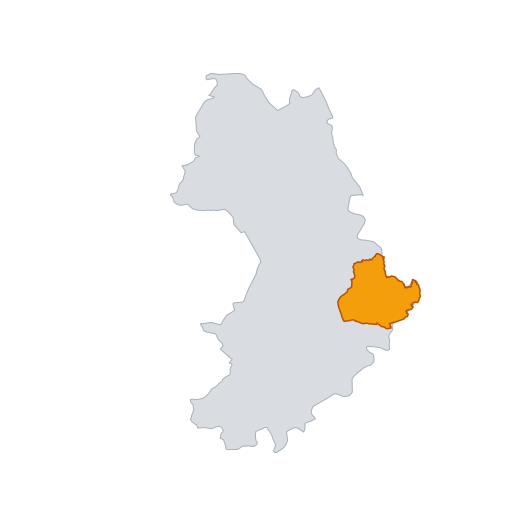 Siguiri, Siguiri, Guinea (highlighted), rotated 61°
{"feature_id": "49546643B83328532988272", "entity_name": "Siguiri", "entity_type": "district", "adm_level": 2, "iso_a3": "GIN", "parent_name": "Guinea", "parent_adm1": "Siguiri", "projection": "mercator", "projection_center": [-9.454, 11.68], "detail": "fine", "context": "in_parent", "style": "filled", "palette": "amber", "viewbox_px": 512, "rotation_deg": 61, "n_neighbors": 0, "source": "geoboundaries", "source_scale": "gbopen_adm2", "svg_char_len": 9548}
<svg xmlns="http://www.w3.org/2000/svg" viewBox="0 0 512 512"><g transform="rotate(61 256 256)"><path d="M309.4,329.5L305.6,329.0L303.9,329.7L298.9,335.7L295.9,338.0L291.2,337.2L289.5,337.7L288.3,337.0L290.0,333.7L292.4,327.3L298.6,320.8L298.7,319.4L296.2,315.6L293.5,310.4L293.5,304.9L293.0,300.9L287.5,299.7L286.5,299.1L286.4,297.7L289.5,290.8L289.7,289.4L289.3,288.1L286.0,284.6L280.7,278.0L271.7,264.5L268.4,261.7L265.1,257.6L263.9,254.9L260.6,254.0L229.1,254.2L228.5,257.7L217.7,260.1L211.0,257.3L203.6,258.9L200.0,260.7L197.2,268.6L195.6,270.3L194.0,273.8L192.6,275.7L191.0,279.6L187.4,285.2L183.7,288.7L177.4,290.7L175.5,296.5L174.0,298.7L171.6,300.4L169.0,301.5L163.8,300.3L161.0,301.4L160.5,299.9L162.1,295.3L160.8,292.9L155.9,288.1L155.4,285.8L153.9,282.8L147.4,276.7L141.3,277.0L143.0,271.9L142.9,265.0L140.8,261.3L141.4,257.4L140.2,257.7L138.2,260.3L134.9,259.5L128.3,255.4L125.0,251.4L124.6,248.0L123.9,246.7L121.8,247.4L117.7,247.4L105.0,241.4L96.0,226.2L95.8,222.8L97.1,217.0L96.8,215.4L92.7,219.3L91.9,216.7L88.7,210.6L87.8,207.1L84.8,205.5L82.3,205.2L80.5,206.4L78.0,213.5L76.1,213.5L74.2,212.0L74.6,206.6L79.5,200.0L87.6,183.2L90.5,179.4L92.4,178.1L96.2,177.9L103.8,175.7L113.0,170.4L120.0,170.8L128.4,170.2L139.3,166.6L139.4,155.3L139.0,152.8L135.1,150.6L132.9,148.6L130.9,146.1L128.6,144.3L128.7,142.4L133.5,140.0L137.9,140.1L139.4,139.1L140.5,137.5L141.7,133.4L142.2,129.1L139.3,123.4L139.4,119.3L155.4,119.9L164.2,121.0L171.3,121.3L172.5,122.2L171.5,126.2L172.4,128.6L174.8,129.2L178.8,126.4L180.9,127.0L185.4,130.5L189.6,131.4L194.1,133.3L198.4,134.3L202.2,134.2L205.0,136.1L210.4,136.7L217.2,134.3L222.6,133.2L230.2,132.9L234.2,133.8L245.8,131.8L254.9,132.9L253.4,134.2L249.3,143.3L249.8,144.9L259.0,152.5L261.2,153.1L263.7,152.0L267.7,148.5L270.8,144.7L273.8,142.8L277.4,142.9L280.2,145.6L286.7,157.0L288.4,158.4L290.0,158.4L292.9,156.3L294.3,153.8L300.4,146.3L309.8,142.6L332.2,151.2L335.5,151.8L337.5,151.2L340.3,146.1L348.7,141.8L352.7,140.6L355.1,140.4L355.9,139.0L356.4,137.0L355.9,134.8L353.3,131.0L353.2,129.8L354.7,129.1L357.9,128.6L362.1,128.9L366.8,130.6L370.6,133.0L372.8,135.8L377.0,147.8L381.7,157.2L381.5,169.8L383.6,171.0L385.9,171.6L387.0,172.6L389.3,177.7L391.4,179.2L394.0,179.6L398.8,182.9L402.0,184.2L402.4,185.2L402.3,186.6L401.1,188.3L396.4,191.8L394.1,194.7L389.3,201.8L389.2,203.2L390.2,204.1L392.2,204.3L394.3,203.8L398.6,201.2L402.1,202.1L405.4,204.1L406.6,206.2L406.9,208.9L406.2,212.3L406.1,216.2L407.2,222.8L408.9,229.5L410.6,231.9L421.7,237.7L422.8,239.9L423.3,242.3L422.5,245.7L421.4,247.5L415.3,252.7L414.4,255.2L414.9,259.7L415.3,279.1L417.7,282.3L420.5,284.0L427.2,283.0L427.0,288.4L426.1,294.4L430.0,296.3L431.9,298.1L433.0,299.8L426.9,303.0L425.1,304.8L424.3,309.8L424.5,314.5L432.7,317.8L435.9,321.7L437.3,325.7L437.8,333.3L437.0,335.0L434.9,335.0L430.8,330.4L424.4,329.9L419.6,329.0L411.7,329.6L410.4,331.0L409.4,341.1L411.3,342.8L415.1,344.7L417.6,345.5L419.7,345.3L421.2,346.5L421.6,349.8L420.5,352.2L418.4,354.5L415.8,360.3L416.4,365.6L411.9,374.1L410.6,375.8L404.7,374.1L400.8,373.5L398.1,375.7L394.2,372.4L393.5,369.8L392.1,369.2L389.5,369.2L387.1,370.7L386.1,373.4L385.5,378.8L381.2,384.0L378.2,390.4L374.7,389.8L373.9,390.6L370.1,392.3L366.9,392.7L366.1,391.0L364.2,389.6L362.1,386.9L359.7,384.7L355.2,383.1L353.4,383.8L351.3,383.7L349.8,382.8L350.0,381.5L352.4,378.1L353.8,375.0L354.5,371.7L354.5,368.5L353.2,363.9L351.2,360.3L350.7,358.3L350.9,355.3L350.5,352.6L349.8,351.1L348.8,345.9L347.6,344.9L347.0,340.8L347.2,336.5L345.4,334.8L342.6,333.7L341.0,332.0L340.0,330.1L339.0,329.6L338.1,329.7L337.4,330.8L336.4,331.1L334.8,327.1L334.2,326.9L333.0,327.8L320.2,332.3L318.6,328.5L316.1,327.8L311.9,329.3L309.4,329.5Z" fill="#d9dde1" stroke="#a8b0b8" stroke-width="1"/><path d="M323.1,183.0L323.3,183.4L323.2,183.7L322.9,183.6L322.7,183.5L322.6,183.9L322.6,184.2L323.2,184.2L323.5,184.3L323.9,184.5L324.2,184.5L324.4,184.3L324.7,184.4L325.3,184.8L325.5,184.9L325.7,185.0L326.1,185.3L326.9,185.8L327.6,186.2L328.0,186.6L328.5,186.8L329.0,186.9L329.4,187.6L329.5,188.1L329.7,189.0L329.7,189.6L329.6,190.0L329.6,190.5L329.7,191.0L329.6,191.4L329.7,191.8L330.1,192.4L330.4,192.7L330.9,192.9L331.2,193.1L331.4,193.2L331.6,193.5L331.7,194.4L332.3,197.8L332.2,198.1L332.2,198.4L332.4,198.9L332.3,199.2L332.4,199.7L332.5,200.2L332.5,200.7L332.7,201.1L333.0,202.4L333.1,202.7L333.1,202.9L333.5,203.5L333.7,203.8L333.8,204.0L334.1,204.3L334.4,204.8L334.6,205.2L334.8,205.3L335.2,206.0L335.5,206.2L335.6,206.4L335.9,206.6L336.0,206.8L336.4,206.9L336.8,207.0L337.1,207.1L337.7,207.4L338.1,207.5L338.3,207.7L338.5,207.6L338.8,207.8L339.1,207.9L339.9,208.2L340.9,208.5L341.3,208.5L341.7,208.6L341.9,208.6L342.1,208.7L343.5,208.8L343.9,209.0L344.4,209.0L345.0,209.2L345.5,209.2L345.8,209.1L346.1,209.3L346.8,209.5L347.2,209.5L347.8,209.6L348.0,209.7L348.4,209.7L348.6,209.8L349.4,209.9L350.3,210.3L350.5,210.3L351.1,210.4L352.2,210.5L352.3,210.5L353.3,210.6L353.6,210.6L354.2,210.8L356.0,210.5L356.5,208.8L357.3,207.3L357.7,205.7L358.0,204.6L358.6,202.5L359.2,201.7L359.8,201.1L360.6,200.9L361.6,200.5L361.6,200.2L361.6,199.9L361.8,199.7L362.1,199.5L362.3,199.2L362.5,199.0L363.2,198.5L363.5,198.2L364.4,197.6L365.2,196.9L365.6,196.6L366.3,195.7L366.9,195.4L367.5,194.6L367.7,193.9L367.8,193.0L368.4,191.8L369.0,190.9L369.8,190.4L370.5,189.4L371.3,188.1L372.1,187.0L373.3,185.1L373.8,184.4L374.1,184.0L374.0,183.6L373.3,182.6L374.3,182.2L376.1,181.5L376.5,181.3L377.7,180.9L378.6,180.3L379.1,179.9L379.3,179.4L379.8,178.9L380.1,178.7L380.3,178.4L381.1,177.9L381.5,177.7L381.9,177.7L382.5,177.3L383.1,176.6L383.6,175.7L383.6,175.3L383.7,174.9L383.9,174.5L384.0,174.1L384.2,173.7L384.3,173.4L384.5,173.0L383.9,172.6L383.6,172.5L383.3,172.4L383.0,172.3L382.8,172.5L382.7,172.7L382.4,172.6L382.0,172.3L381.5,172.1L379.9,172.0L381.5,164.9L382.8,157.1L382.7,156.6L382.5,156.0L381.9,155.2L381.8,154.7L382.2,153.6L382.3,153.0L382.0,152.6L381.1,151.7L381.0,151.3L380.8,151.3L380.5,151.5L380.3,151.4L380.1,151.2L379.8,151.2L379.5,151.4L379.2,152.0L378.9,152.1L378.5,151.6L377.9,151.3L377.3,151.4L377.3,151.2L377.0,151.2L376.9,150.6L376.7,150.3L376.9,149.9L376.9,148.5L377.2,148.5L377.3,148.5L377.5,148.2L377.6,147.8L377.6,146.7L377.9,145.9L377.8,145.6L377.4,145.3L377.4,145.2L377.5,144.8L377.2,144.6L377.0,143.9L376.6,144.0L376.4,143.9L376.4,143.7L376.6,143.4L376.4,143.3L376.1,143.4L375.9,143.3L375.7,143.4L375.8,143.8L375.6,143.9L375.4,144.0L375.1,143.8L374.9,143.8L374.5,143.8L374.0,144.1L373.8,143.6L373.9,143.3L373.7,143.1L373.8,142.6L373.1,142.1L373.0,140.6L373.4,139.1L373.6,138.7L374.3,138.1L374.7,137.6L374.8,137.1L374.7,136.5L374.3,135.7L373.3,134.8L373.1,134.7L372.6,134.1L372.3,133.9L372.1,133.6L371.5,132.5L371.0,131.9L370.5,131.7L368.5,131.1L368.1,130.8L367.6,130.6L367.5,130.4L367.2,130.2L366.9,130.1L366.6,130.0L366.0,129.6L365.5,129.1L365.1,128.9L364.7,128.8L363.8,128.7L363.7,128.8L363.4,128.7L362.8,128.7L362.3,128.6L361.6,128.2L361.1,128.3L360.6,128.1L360.4,128.0L360.2,127.9L359.2,128.3L358.9,128.8L358.7,129.0L358.2,128.9L357.3,128.1L357.0,128.0L356.9,128.4L356.7,128.9L356.4,129.2L356.2,129.2L356.0,128.4L355.8,128.4L355.5,128.5L354.9,128.3L354.8,128.5L354.6,129.3L353.7,129.5L353.4,129.8L352.9,129.9L352.8,130.0L352.7,130.4L352.8,130.9L353.0,130.9L353.4,130.6L353.6,130.6L353.8,130.7L354.1,131.8L354.5,132.2L354.6,132.3L354.9,132.1L355.1,132.1L355.2,132.5L355.1,132.9L355.6,132.9L355.9,133.2L356.1,133.5L356.1,134.0L356.2,134.3L356.5,134.5L357.2,134.7L357.3,134.7L357.9,135.0L358.0,135.2L358.1,135.4L358.0,135.5L357.7,135.6L357.6,135.9L357.7,136.4L357.7,136.6L357.5,137.0L357.3,137.2L357.1,137.1L356.9,137.2L356.8,137.3L356.8,137.6L357.0,139.3L357.0,139.5L356.5,140.0L355.9,140.0L355.7,140.6L355.9,140.8L355.9,141.0L355.3,140.9L355.0,140.8L354.7,140.9L353.6,140.6L353.4,140.4L352.9,140.7L352.7,140.7L352.4,140.2L351.8,140.3L350.9,140.6L349.9,140.7L349.3,140.9L349.1,140.9L348.7,141.1L348.1,142.1L347.8,142.4L346.6,143.0L346.0,143.6L345.8,143.5L345.4,143.7L344.6,143.7L344.2,143.8L343.9,143.8L343.7,144.0L343.1,144.1L342.9,144.2L342.5,144.2L342.2,144.4L341.9,144.5L341.6,144.6L341.3,144.9L341.2,145.2L340.0,146.2L339.3,147.1L339.1,147.4L339.2,148.3L339.4,149.3L339.2,149.9L339.0,150.1L338.6,150.2L338.4,150.4L338.3,150.7L338.3,151.5L338.2,152.1L336.5,152.0L335.0,151.7L334.8,151.7L333.7,151.3L332.8,150.4L332.5,150.4L332.0,150.6L330.1,150.3L329.5,150.5L329.3,150.4L329.2,150.4L328.9,150.2L327.9,149.2L327.6,148.3L327.4,148.2L326.5,148.4L326.3,148.4L325.7,147.9L325.4,148.0L324.8,148.3L324.3,147.8L324.2,147.6L323.9,147.3L323.6,147.0L323.3,146.8L322.2,146.8L321.9,146.7L321.5,146.1L321.2,146.1L320.8,146.2L320.6,145.8L320.5,145.7L320.3,145.8L320.3,146.3L320.1,146.3L319.8,145.9L319.6,145.9L319.5,145.6L319.4,144.6L319.2,144.4L317.9,145.6L316.4,146.2L315.2,146.8L314.0,147.5L313.0,148.4L312.5,149.5L313.0,150.6L314.0,151.8L313.8,152.4L314.3,153.8L314.7,155.5L315.2,156.3L315.5,156.7L315.1,157.3L313.9,158.0L314.3,159.2L314.4,159.9L313.6,160.8L312.9,161.3L313.0,161.9L313.0,162.5L311.7,163.9L311.2,164.7L311.3,165.5L312.3,165.5L312.6,165.8L312.4,166.4L312.0,167.0L312.2,167.6L312.1,168.2L311.6,168.7L311.4,168.7L310.9,169.0L310.7,169.4L310.8,169.8L310.7,170.4L310.5,170.8L310.6,171.5L310.6,172.5L310.3,173.2L310.3,173.8L310.3,174.0L310.5,174.2L311.2,174.6L311.6,174.9L311.9,175.3L312.4,176.4L312.9,176.6L313.9,176.8L314.9,176.7L316.2,177.4L316.5,178.0L317.0,178.4L317.4,178.5L318.0,178.4L318.5,178.5L319.2,178.7L319.5,178.8L320.7,178.9L321.0,179.3L321.9,179.6L322.4,180.1L322.9,180.4L322.8,180.9L322.9,181.7L323.1,183.0Z" fill="#f59e0b" stroke="#b45309" stroke-width="1.5"/></g></svg>